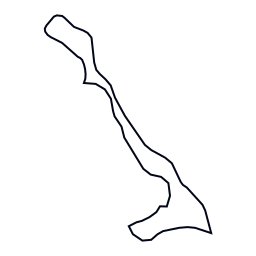 Cat Island, Albers equal-area conic projection
{"feature_id": "BHS-5030", "entity_name": "Cat Island", "entity_type": "District", "adm_level": 1, "iso_a3": "BHS", "parent_name": "The Bahamas", "parent_adm1": "", "projection": "albers", "projection_center": [-75.539, 24.414], "detail": "fine", "context": "isolated", "style": "outline", "palette": "ink", "viewbox_px": 256, "rotation_deg": 0, "n_neighbors": 0, "source": "natural_earth", "source_scale": "10m", "svg_char_len": 874}
<svg xmlns="http://www.w3.org/2000/svg" viewBox="0 0 256 256"><path d="M202.5,204.8L205.2,210.5L211.2,233.1L195.0,227.8L187.6,227.1L179.2,227.8L163.1,231.1L157.5,234.3L151.2,239.8L142.4,240.6L132.9,234.2L128.8,226.2L136.5,222.3L141.8,220.9L149.4,217.2L156.4,212.1L160.0,206.3L166.8,206.5L170.0,195.8L168.4,183.1L161.1,176.9L150.7,174.6L143.3,168.8L124.3,137.6L121.5,126.6L114.6,116.4L113.1,111.2L110.9,98.7L104.9,89.4L95.7,83.9L83.9,83.0L85.3,78.9L85.6,74.2L85.1,69.2L84.0,64.5L82.1,59.8L80.2,58.0L77.8,56.8L62.1,42.9L50.7,37.1L47.6,34.9L45.2,31.6L44.8,28.6L46.5,25.4L53.9,16.6L56.8,15.4L62.2,16.0L64.5,17.8L74.0,26.9L83.3,30.5L87.6,32.9L91.5,37.6L94.2,62.5L96.3,69.9L99.8,74.0L105.5,79.3L110.7,85.4L115.0,97.7L124.9,115.9L144.9,144.9L151.3,150.1L165.2,157.7L171.9,163.3L180.7,181.9L182.9,184.9L186.8,187.5L202.5,204.8Z" fill="none" stroke="#020617" stroke-width="2"/></svg>